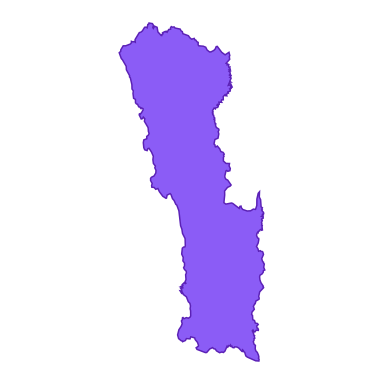 the district of Miandrivazo, Menabe, Madagascar
{"feature_id": "10022922B2580716977723", "entity_name": "Miandrivazo", "entity_type": "district", "adm_level": 2, "iso_a3": "MDG", "parent_name": "Madagascar", "parent_adm1": "Menabe", "projection": "natural_earth1", "projection_center": [45.43, -19.207], "detail": "fine", "context": "isolated", "style": "filled", "palette": "violet", "viewbox_px": 384, "rotation_deg": 0, "n_neighbors": 0, "source": "geoboundaries", "source_scale": "gbopen_adm2", "svg_char_len": 5992}
<svg xmlns="http://www.w3.org/2000/svg" viewBox="0 0 384 384"><path d="M259.8,230.7L260.1,229.8L261.5,229.2L261.7,230.2L262.4,230.0L262.0,226.7L262.3,225.4L261.6,225.1L261.9,223.6L261.5,222.8L262.3,220.4L261.6,219.7L261.8,218.9L263.1,218.3L263.2,217.0L261.7,216.4L262.9,215.8L262.3,215.3L262.4,214.4L262.8,214.1L263.1,214.7L263.7,213.8L263.5,212.4L261.9,210.6L262.3,209.8L261.7,209.2L262.4,207.8L261.1,206.8L260.6,199.7L259.3,197.1L259.5,191.8L258.2,193.3L256.9,199.0L256.8,205.5L255.5,209.4L253.3,209.1L250.6,210.8L247.2,211.0L242.8,209.5L241.4,207.8L241.0,206.1L239.9,206.4L239.2,208.4L232.7,203.4L231.5,203.0L225.8,204.1L223.9,202.7L224.7,195.0L224.6,191.0L227.5,187.4L230.2,186.1L231.1,185.0L227.7,180.1L225.9,179.2L224.9,177.4L224.8,176.0L226.0,170.9L226.7,170.5L227.8,171.3L229.9,170.7L230.3,168.5L229.1,165.9L229.5,163.5L226.0,163.4L223.4,161.0L223.4,157.3L224.0,156.4L223.5,154.9L224.2,154.3L223.9,153.5L223.1,152.4L220.8,151.5L219.7,148.8L217.3,146.0L216.0,146.9L215.3,146.8L214.9,144.8L214.0,144.0L214.9,139.5L218.0,138.2L218.8,133.9L218.2,131.7L219.0,130.0L218.7,129.0L216.4,127.5L215.6,125.9L215.7,123.9L215.3,124.0L214.5,121.0L214.9,120.0L214.0,119.2L214.8,118.1L214.0,117.3L213.6,115.2L212.9,114.8L213.0,113.4L212.6,113.6L212.4,112.1L213.0,111.4L212.5,110.7L214.1,108.1L215.3,108.8L215.3,108.0L217.7,107.4L218.3,105.9L217.0,105.2L217.4,104.5L218.4,105.3L218.5,104.5L219.3,104.2L218.9,102.2L221.6,102.3L221.2,101.8L221.6,99.9L223.3,99.8L223.2,96.6L225.1,94.7L225.6,95.7L226.8,95.8L226.5,95.0L226.9,94.1L227.7,92.7L228.3,93.0L228.0,91.8L230.0,91.3L230.4,89.8L229.7,88.9L230.9,88.4L230.5,87.9L230.8,86.8L231.4,87.7L232.2,87.1L231.0,84.5L230.4,85.5L229.2,85.0L228.3,85.3L229.1,83.2L230.0,83.6L229.8,81.8L230.6,81.9L229.8,81.2L231.1,78.2L230.1,77.5L230.7,77.3L230.6,76.1L229.8,75.4L230.5,75.3L230.8,75.9L231.1,75.4L229.9,74.4L230.3,73.9L230.0,72.4L229.1,71.4L230.2,71.1L229.2,70.0L230.1,69.9L229.7,69.4L230.2,69.1L229.8,68.2L229.9,67.0L228.9,67.4L228.5,66.0L228.8,64.7L227.4,64.7L227.8,64.1L226.1,63.3L229.7,59.3L229.3,56.6L229.8,55.6L229.0,52.3L225.1,54.8L221.7,52.3L217.3,46.4L216.2,46.6L215.2,49.0L213.7,50.5L210.9,51.9L209.5,51.9L207.1,50.0L205.7,47.2L203.3,46.2L198.8,45.8L198.1,44.8L198.2,42.4L196.9,41.7L195.7,40.0L194.8,39.8L194.2,38.4L191.6,39.2L189.8,37.7L188.4,35.7L182.9,33.7L182.3,31.6L181.0,30.8L180.2,29.1L175.0,28.0L174.1,26.9L172.5,27.2L171.3,26.6L170.5,27.8L170.6,29.2L168.7,29.5L167.1,32.2L166.2,31.3L165.8,31.9L165.1,31.5L163.2,32.4L162.5,32.9L163.0,33.8L161.8,34.6L161.8,35.5L161.2,35.5L157.9,31.9L157.1,27.3L154.6,26.2L153.3,28.4L152.8,27.4L153.5,25.4L152.4,23.6L149.0,23.0L148.7,24.1L147.8,24.5L147.2,27.8L146.0,27.1L144.6,27.3L142.3,31.0L140.8,32.2L139.3,32.6L135.1,39.5L135.3,42.2L134.1,41.5L133.0,41.9L131.4,41.3L131.3,42.9L130.4,44.0L125.7,45.8L123.2,45.8L120.8,49.8L120.7,51.4L119.2,52.7L121.3,58.6L122.4,59.7L126.2,66.3L126.4,69.8L129.6,75.7L129.5,76.9L130.3,77.8L131.9,84.7L132.0,89.0L133.3,90.8L133.0,93.5L133.6,98.3L135.4,99.4L135.5,102.8L136.5,104.0L137.5,104.2L138.7,106.8L139.6,106.9L140.9,108.5L141.1,107.8L143.0,108.6L143.1,109.9L141.4,112.9L140.1,114.4L139.9,113.7L139.4,113.9L139.2,114.9L141.2,119.0L142.6,118.6L143.3,117.1L144.8,118.7L144.4,121.3L148.1,127.6L148.4,131.5L149.1,133.5L148.2,135.3L146.7,136.4L146.8,138.7L143.8,139.9L143.3,142.7L143.8,147.7L144.7,149.8L147.1,150.6L147.9,148.6L149.0,148.3L151.4,151.9L153.3,156.2L152.9,159.7L153.4,163.5L155.4,166.1L154.8,167.8L156.0,170.4L155.8,173.0L154.0,176.0L151.5,177.2L150.6,178.3L150.6,180.6L152.2,183.5L151.6,185.5L151.8,187.2L154.2,187.5L155.7,189.3L157.9,188.5L159.4,191.7L162.8,196.3L166.0,198.3L166.5,198.1L167.1,195.1L170.1,193.6L171.0,194.5L172.5,198.7L174.1,200.5L175.8,204.3L176.8,205.1L178.9,210.8L180.6,225.7L181.9,229.3L182.5,233.4L185.1,238.6L185.3,245.7L184.9,246.9L183.5,247.1L182.3,248.2L181.7,254.1L183.2,257.4L182.9,260.9L184.5,263.0L184.5,265.9L183.6,267.7L184.5,269.5L186.2,271.2L186.4,273.0L185.6,274.7L186.0,279.5L185.1,281.7L185.8,283.4L185.2,283.6L184.2,282.7L182.2,284.6L182.8,285.4L181.4,286.2L182.5,286.4L182.6,287.1L181.0,287.3L182.4,288.0L180.8,288.7L181.7,289.8L181.8,291.1L180.1,290.8L181.7,293.4L182.3,293.6L181.9,292.5L182.3,292.3L183.6,294.7L186.4,296.8L188.3,301.7L189.9,303.3L190.5,305.9L190.1,308.8L190.6,310.8L190.7,315.9L190.2,317.0L188.4,318.2L186.3,317.6L184.0,318.7L183.0,317.5L182.5,317.7L182.2,319.9L181.4,320.9L182.2,323.7L181.1,326.4L178.9,329.7L177.6,334.9L178.6,338.6L181.3,340.8L182.2,340.9L182.6,341.7L185.4,340.5L186.4,338.6L190.0,338.9L190.8,336.8L194.7,337.9L195.2,339.6L197.5,342.4L198.5,345.4L198.4,346.1L196.1,347.8L197.0,349.4L205.4,352.6L206.7,352.5L209.7,349.0L212.6,347.6L213.5,348.6L215.3,349.1L216.5,350.9L219.6,352.7L221.9,352.0L223.4,352.5L224.9,351.2L227.1,346.2L227.8,347.1L228.9,345.5L230.0,346.0L230.5,345.1L231.0,346.4L231.8,346.1L232.3,347.4L234.0,347.8L234.6,346.9L236.8,347.0L238.6,347.9L241.9,351.4L242.7,351.5L242.7,350.0L243.4,350.6L243.3,351.3L244.7,352.3L245.8,355.9L247.3,357.1L255.7,360.8L258.9,361.0L259.1,359.2L258.4,358.1L258.9,357.1L258.4,355.0L257.3,352.4L255.8,350.8L255.2,348.7L255.4,345.4L254.0,344.1L253.3,341.6L254.1,340.0L254.0,338.7L254.8,338.2L254.3,336.6L254.6,335.6L253.7,335.1L253.7,333.9L252.3,330.8L253.0,330.0L253.9,331.6L254.8,332.0L256.2,330.2L258.3,330.4L258.4,329.6L257.9,328.3L257.1,328.1L256.7,326.0L258.2,324.6L257.5,323.5L255.3,323.1L254.5,320.5L252.8,319.7L252.5,315.4L251.6,314.5L252.0,312.1L254.3,309.3L253.4,306.4L254.8,303.7L255.2,303.7L255.9,301.0L259.0,299.3L259.2,298.1L258.7,296.4L259.7,291.8L263.6,287.7L263.0,286.8L263.3,286.2L260.9,282.6L259.9,279.8L259.6,276.8L260.0,275.2L262.0,274.0L263.2,272.3L263.4,270.6L264.8,270.0L263.7,267.3L264.3,264.0L263.6,263.3L263.5,262.2L262.7,261.7L261.7,258.7L263.5,254.4L262.8,252.0L262.0,251.4L260.9,251.4L260.3,250.7L258.6,251.2L257.9,248.7L256.5,246.5L258.2,243.0L258.8,239.7L258.7,238.4L257.7,238.0L256.6,235.8L256.8,233.8L257.5,232.5L258.1,232.8L258.3,231.5L259.8,230.7Z" fill="#8b5cf6" stroke="#5b21b6" stroke-width="1.5"/></svg>